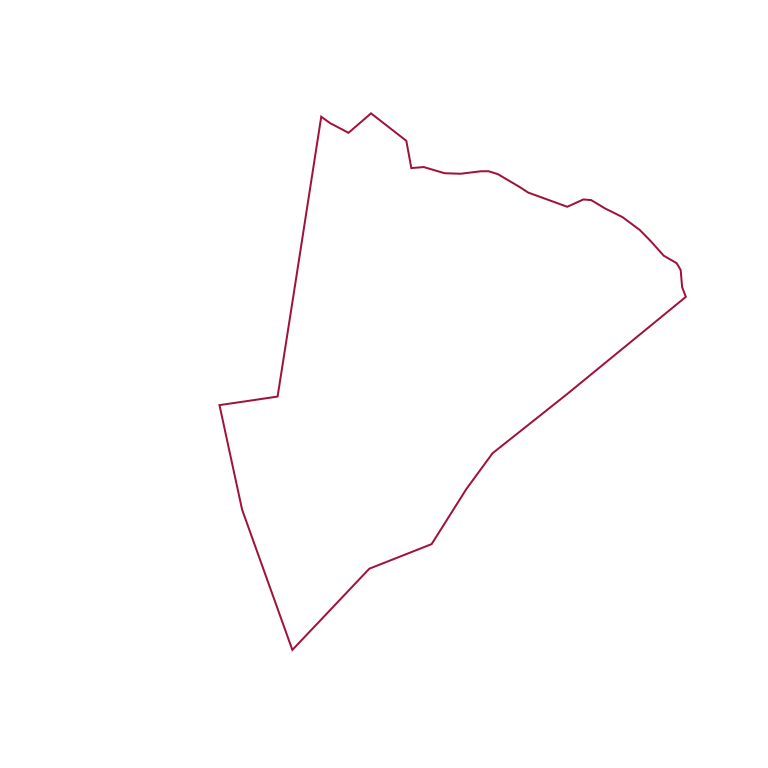 the district of Patu, Rio Grande do Norte, Brazil, rotated 214°
{"feature_id": "56859067B11230270721601", "entity_name": "Patu", "entity_type": "district", "adm_level": 2, "iso_a3": "BRA", "parent_name": "Brazil", "parent_adm1": "Rio Grande do Norte", "projection": "orthographic", "projection_center": [-37.626, -6.066], "detail": "fine", "context": "isolated", "style": "outline", "palette": "rose", "viewbox_px": 768, "rotation_deg": 214, "n_neighbors": 0, "source": "geoboundaries", "source_scale": "gbopen_adm2", "svg_char_len": 622}
<svg xmlns="http://www.w3.org/2000/svg" viewBox="0 0 768 768"><g transform="rotate(214 384 384)"><path d="M182.5,625.0L191.0,631.0L201.8,644.4L208.9,647.8L223.9,646.8L242.9,651.6L258.1,654.7L279.7,655.7L298.5,653.2L315.1,652.3L321.9,648.5L331.2,633.4L371.6,623.3L381.2,623.2L407.2,621.6L416.4,618.8L422.8,614.4L438.1,601.1L451.7,592.6L472.3,586.1L482.1,578.3L501.5,598.1L546.1,601.1L553.9,572.4L574.6,570.1L585.5,570.5L513.2,416.6L465.2,314.1L508.6,274.5L431.4,200.5L311.3,112.3L306.9,138.5L292.9,222.7L255.0,277.9L257.0,343.4L255.3,387.3L226.6,478.0L182.5,625.0Z" fill="none" stroke="#9f1239" stroke-width="2"/></g></svg>